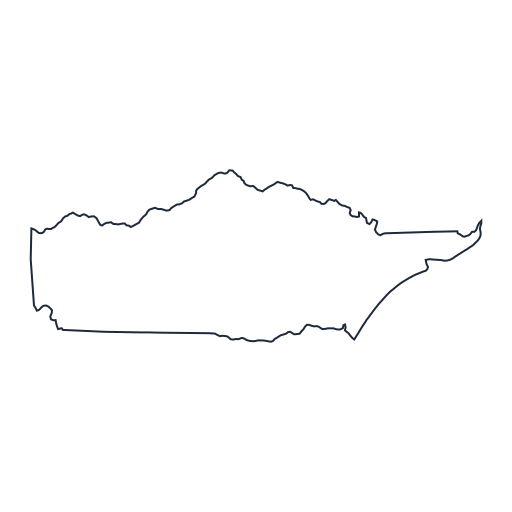 the district of Nova Viçosa, Bahia, Brazil
{"feature_id": "56859067B39841375206009", "entity_name": "Nova Viçosa", "entity_type": "district", "adm_level": 2, "iso_a3": "BRA", "parent_name": "Brazil", "parent_adm1": "Bahia", "projection": "equal_earth", "projection_center": [-39.643, -17.887], "detail": "fine", "context": "isolated", "style": "outline", "palette": "slate", "viewbox_px": 512, "rotation_deg": 0, "n_neighbors": 0, "source": "geoboundaries", "source_scale": "gbopen_adm2", "svg_char_len": 4521}
<svg xmlns="http://www.w3.org/2000/svg" viewBox="0 0 512 512"><path d="M229.3,170.3L227.1,172.9L225.2,173.6L223.0,173.2L221.1,172.5L218.5,173.0L217.0,173.7L214.5,175.2L211.9,177.9L209.0,179.5L206.5,182.0L205.3,183.5L203.6,184.6L200.9,186.2L197.3,189.0L196.1,190.8L196.1,193.0L194.4,196.6L192.0,197.9L189.4,199.7L186.3,200.8L183.9,201.5L182.2,203.2L179.7,204.3L177.0,204.5L174.2,206.1L171.0,208.3L169.8,209.9L168.2,210.4L166.3,210.6L163.9,209.8L161.2,209.0L158.9,209.1L157.0,208.7L155.2,207.8L153.4,208.3L151.5,208.9L149.3,209.7L147.4,211.9L146.3,214.1L145.0,215.4L143.6,216.5L142.0,218.2L140.4,220.3L139.0,222.7L136.7,223.9L134.3,225.2L132.6,226.2L130.8,227.0L129.0,225.7L126.4,225.3L124.8,223.5L122.8,223.5L120.6,223.9L118.3,224.4L116.1,224.1L113.4,224.0L111.0,222.2L109.2,222.6L106.7,222.8L104.4,223.8L102.2,225.5L100.3,224.9L98.8,222.4L97.5,220.0L96.5,218.1L93.9,216.3L90.8,216.5L88.8,217.1L86.5,215.4L84.2,214.3L82.3,214.7L80.2,216.1L77.9,215.6L76.2,214.6L74.6,213.7L72.9,212.6L71.1,213.6L69.5,214.0L67.6,215.7L65.1,216.5L63.1,218.3L61.1,221.4L58.4,223.0L56.0,225.7L54.5,227.1L52.6,228.0L51.1,229.0L49.1,229.0L47.3,228.7L45.4,229.3L43.9,231.8L42.5,232.9L40.9,233.2L39.0,233.0L37.5,232.0L35.9,230.5L33.6,229.2L31.4,228.4L30.7,259.3L34.0,305.6L35.3,307.4L36.9,310.7L39.0,309.9L40.5,308.4L42.0,306.8L43.4,305.8L46.1,305.5L48.6,306.7L50.1,308.1L52.0,310.2L51.7,313.1L50.3,316.4L51.0,319.3L53.6,320.3L55.6,320.1L56.0,322.4L56.8,325.8L58.1,329.1L61.6,328.2L62.8,329.9L104.7,331.8L140.9,332.4L145.0,332.4L147.5,332.4L152.1,332.5L162.0,332.7L209.4,333.2L215.0,333.6L217.8,335.2L220.1,336.2L221.8,335.8L224.2,335.9L226.9,336.3L228.5,337.3L230.8,339.3L233.1,339.6L235.8,339.0L238.5,339.2L241.8,337.9L243.9,338.4L246.3,339.9L248.8,340.7L250.4,341.0L252.5,341.2L254.8,341.1L258.1,340.4L260.5,340.4L263.6,340.5L267.0,341.0L268.8,341.4L270.9,341.7L272.8,341.1L274.7,339.0L277.6,337.3L279.4,336.1L280.9,335.2L283.8,334.4L286.0,333.7L287.9,332.2L290.1,331.7L292.6,333.3L294.2,334.3L296.7,334.1L299.7,333.7L301.4,331.3L303.5,329.2L305.0,326.7L306.7,324.9L309.4,324.9L311.7,325.8L314.1,326.4L316.6,326.1L318.7,326.7L320.3,327.8L322.3,329.1L325.1,328.9L328.0,328.3L331.0,328.3L333.3,328.3L335.0,328.8L336.8,329.4L340.1,329.5L342.9,328.1L343.4,325.2L345.0,324.5L345.6,327.6L344.9,330.3L346.6,331.8L348.5,333.2L350.4,335.8L352.2,337.8L354.2,339.5L355.7,337.2L357.0,335.0L358.3,333.0L360.0,330.2L361.6,327.6L362.8,325.7L364.0,323.9L365.3,322.0L366.5,319.9L367.7,318.5L369.1,316.6L370.2,315.0L371.5,313.4L373.5,310.6L375.5,308.0L377.1,306.1L378.4,304.4L380.0,302.5L382.0,300.4L383.8,298.3L385.3,296.7L386.7,295.1L388.2,293.6L389.7,292.1L391.4,290.6L393.6,288.9L395.3,287.4L396.7,286.3L398.2,285.1L399.9,283.8L401.9,282.4L403.9,281.2L406.0,279.9L407.9,278.8L409.4,277.8L411.2,277.0L412.8,276.0L415.9,274.5L418.2,273.6L420.5,272.6L423.6,271.4L425.8,270.7L427.2,269.3L428.0,267.0L426.5,263.9L425.7,259.9L429.5,259.2L431.9,259.4L434.4,259.6L438.6,259.9L441.4,260.1L443.8,260.6L446.4,260.7L448.4,260.2L450.7,259.5L452.7,258.4L454.6,257.0L456.5,255.8L458.8,254.3L460.6,253.2L462.1,252.2L463.9,251.1L465.5,250.1L467.0,249.2L468.5,248.2L470.7,246.7L473.3,245.0L475.1,243.1L476.7,241.6L478.0,240.2L479.4,238.2L480.4,236.0L480.7,233.4L480.4,231.1L479.9,228.7L480.5,225.8L481.3,223.5L481.3,220.8L479.2,223.0L477.9,225.4L476.9,228.0L476.1,230.2L474.4,231.8L472.1,231.8L470.2,234.1L468.7,235.3L466.7,235.9L464.5,236.7L462.8,236.4L460.3,234.5L457.8,233.4L457.3,231.3L432.9,231.8L385.1,233.3L382.7,233.9L380.4,235.2L378.3,234.4L376.2,232.3L374.9,229.6L376.1,226.0L376.8,224.0L377.2,221.4L374.2,219.8L372.5,219.5L371.6,221.7L369.5,224.1L366.9,222.8L366.0,218.0L363.9,216.9L362.2,214.4L360.8,213.0L359.0,212.4L359.0,216.5L356.8,217.0L354.9,216.5L352.5,216.3L350.5,214.9L349.7,212.8L350.7,210.2L349.6,207.8L347.5,207.2L344.9,205.9L342.2,205.5L339.3,203.9L337.2,201.5L335.8,199.9L334.3,200.9L331.5,199.9L329.3,199.2L327.6,200.7L325.3,203.3L323.5,204.0L321.4,203.8L320.0,202.1L317.7,201.5L315.6,200.6L313.1,199.3L310.7,199.9L309.4,198.4L308.4,196.5L307.1,194.5L305.9,192.9L304.0,191.2L302.5,190.3L299.7,188.9L297.3,188.7L295.5,188.1L293.3,188.0L292.1,185.4L290.1,185.0L287.6,185.6L285.1,184.2L282.6,183.3L280.7,182.9L277.6,181.9L275.7,183.1L274.1,184.3L271.7,185.5L268.2,187.3L266.4,188.7L264.7,189.6L262.7,191.4L260.6,190.7L257.7,189.9L255.4,187.8L253.0,185.9L250.4,186.3L247.6,185.4L245.6,184.4L244.3,183.0L243.7,180.9L241.9,179.9L240.5,177.0L238.1,176.2L236.2,174.0L234.0,172.2L232.7,170.6L229.3,170.3Z" fill="none" stroke="#1e293b" stroke-width="2"/></svg>